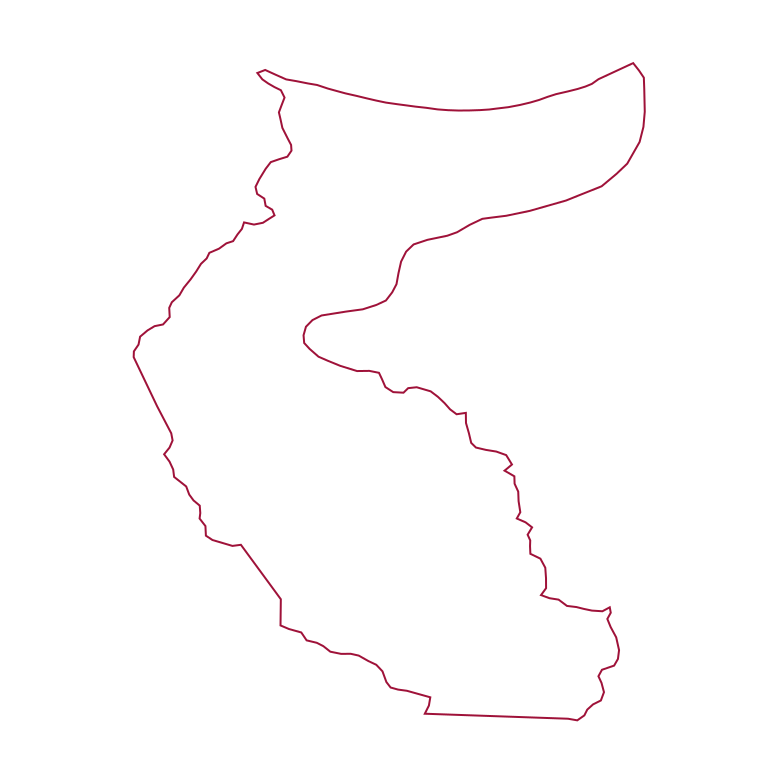 Ituberá, Bahia, Brazil (Equal Earth projection), rotated 272°
{"feature_id": "56859067B48317251517173", "entity_name": "Ituberá", "entity_type": "district", "adm_level": 2, "iso_a3": "BRA", "parent_name": "Brazil", "parent_adm1": "Bahia", "projection": "equal_earth", "projection_center": [-39.132, -13.75], "detail": "fine", "context": "isolated", "style": "outline", "palette": "rose", "viewbox_px": 768, "rotation_deg": 272, "n_neighbors": 0, "source": "geoboundaries", "source_scale": "gbopen_adm2", "svg_char_len": 2978}
<svg xmlns="http://www.w3.org/2000/svg" viewBox="0 0 768 768"><g transform="rotate(272 384 384)"><path d="M713.4,621.8L696.1,587.7L691.2,581.3L688.3,574.9L685.6,567.2L682.8,557.5L679.7,545.9L676.7,537.5L673.3,529.1L670.4,520.3L667.6,510.1L665.0,498.6L663.2,487.0L662.0,479.6L661.1,470.6L660.3,458.8L659.9,448.4L659.9,438.4L660.3,428.0L661.5,416.6L662.3,405.8L663.2,396.8L664.1,387.4L665.3,376.1L667.0,366.3L668.9,356.6L671.0,346.4L673.1,335.3L675.2,326.4L677.3,317.6L680.5,306.7L681.7,297.6L683.6,285.9L685.0,275.6L689.1,265.4L693.7,254.3L690.4,246.6L684.2,251.8L680.3,257.8L676.9,264.2L674.0,270.7L666.8,274.6L658.7,271.8L651.8,269.5L644.7,271.4L636.4,273.5L626.0,279.2L619.7,282.8L614.0,283.4L607.8,279.5L605.0,271.4L601.8,263.1L594.9,258.2L584.5,252.3L576.5,248.7L569.5,250.6L565.1,257.9L557.9,259.5L554.3,266.2L548.7,268.7L544.9,263.1L540.9,257.4L538.8,248.5L540.6,238.5L534.1,236.6L528.4,232.4L521.5,228.2L519.1,221.6L513.5,214.4L509.0,204.9L503.3,202.4L497.7,196.9L489.9,192.4L481.9,187.1L473.3,180.6L465.5,176.4L458.3,169.1L452.6,166.7L443.4,167.5L435.8,161.1L433.8,152.7L429.3,145.8L422.8,138.6L414.8,137.3L407.9,132.9L402.1,132.9L353.9,158.0L327.3,173.1L320.2,174.7L313.0,171.9L306.1,166.7L298.9,172.4L291.2,176.3L283.8,177.5L274.7,189.9L266.7,193.2L261.0,197.7L256.0,204.1L248.6,204.9L243.1,204.4L235.8,210.5L226.2,211.3L222.1,218.0L219.4,228.5L216.9,238.2L218.3,246.6L165.3,288.4L139.1,289.0L135.8,297.6L132.8,310.0L125.1,315.6L123.0,325.9L119.9,332.5L114.6,339.7L112.8,350.5L113.2,360.2L111.7,368.2L106.5,378.2L103.1,386.1L96.8,392.5L86.2,396.8L80.9,401.2L79.1,408.7L78.2,417.6L75.3,429.6L72.5,441.2L64.2,440.1L55.9,436.3L55.9,469.8L55.9,517.5L55.9,579.6L54.6,588.9L59.8,595.8L65.7,598.5L71.1,604.1L75.3,611.8L83.7,614.6L92.9,611.8L99.4,608.5L106.0,611.8L110.6,623.8L117.4,627.4L126.2,628.2L138.9,624.9L149.0,619.0L157.0,615.4L163.3,618.6L168.7,617.4L164.5,610.2L164.8,599.7L166.2,591.6L167.8,584.1L168.6,574.6L174.6,566.0L175.7,556.9L178.5,548.3L185.6,553.1L195.5,552.7L206.0,551.6L214.9,546.4L219.4,536.2L227.1,535.6L232.8,535.6L238.4,532.8L245.9,537.0L250.7,530.3L254.2,521.4L260.6,524.7L271.6,522.6L281.1,521.9L288.9,518.0L296.3,517.5L301.6,507.5L308.0,514.7L317.2,508.6L320.4,498.6L321.7,488.2L323.7,478.1L328.2,473.2L337.7,470.6L347.9,467.3L358.0,466.8L356.3,457.6L361.0,450.9L367.0,445.2L373.0,438.4L378.3,430.9L381.9,416.8L380.7,408.3L376.0,403.8L376.2,393.5L381.0,385.5L388.8,381.8L395.0,378.6L396.6,368.9L396.0,356.6L400.6,339.7L405.2,327.2L409.0,317.6L416.5,308.4L422.2,302.8L429.9,301.9L438.5,304.0L445.4,310.3L450.3,319.2L455.0,343.3L456.4,351.4L457.9,360.2L462.7,373.5L467.5,383.0L475.9,389.0L484.2,393.0L495.2,394.6L506.9,396.8L517.1,401.5L524.5,408.7L529.6,422.4L534.4,442.1L538.2,451.7L546.0,464.0L552.5,476.5L554.0,485.3L556.4,500.3L562.1,523.6L573.7,559.5L579.6,572.8L589.2,594.6L602.0,608.9L612.7,619.4L634.8,631.0L650.0,634.3L665.2,635.1L687.9,633.8L699.2,633.0L706.2,627.9L713.4,621.8Z" fill="none" stroke="#9f1239" stroke-width="2"/></g></svg>